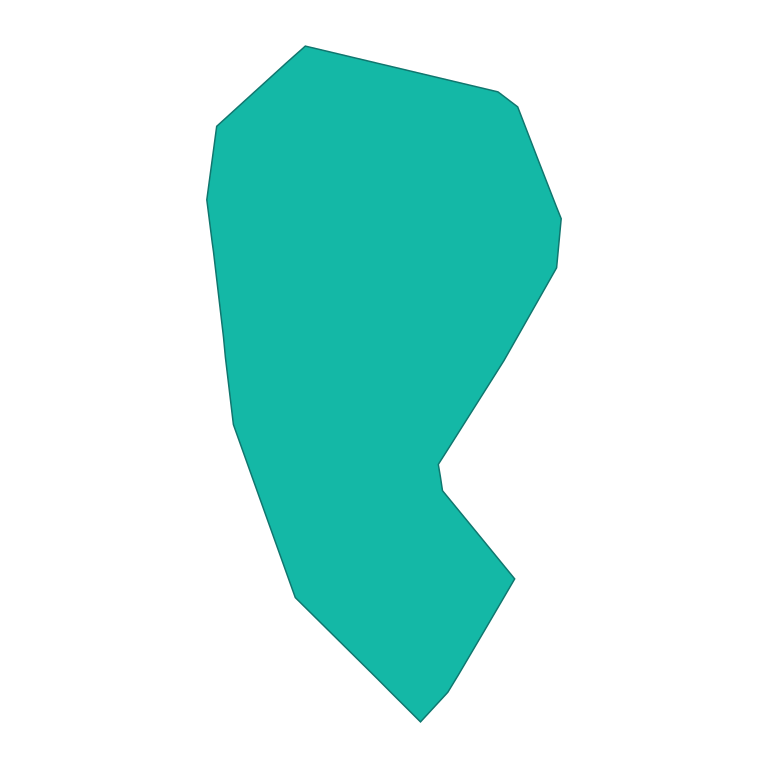 the district of Presidente Dutra, Bahia, Brazil
{"feature_id": "56859067B99362282210335", "entity_name": "Presidente Dutra", "entity_type": "district", "adm_level": 2, "iso_a3": "BRA", "parent_name": "Brazil", "parent_adm1": "Bahia", "projection": "natural_earth1", "projection_center": [-41.989, -11.318], "detail": "fine", "context": "isolated", "style": "filled", "palette": "teal", "viewbox_px": 768, "rotation_deg": 0, "n_neighbors": 0, "source": "geoboundaries", "source_scale": "gbopen_adm2", "svg_char_len": 512}
<svg xmlns="http://www.w3.org/2000/svg" viewBox="0 0 768 768"><path d="M216.7,126.3L206.8,199.8L212.2,242.4L213.5,251.8L223.5,337.2L225.4,357.3L233.4,424.6L295.3,597.6L376.6,678.0L391.4,692.9L420.5,721.9L447.8,692.3L458.2,675.2L484.7,630.2L514.7,578.9L479.0,535.2L442.5,490.7L440.4,476.8L438.3,464.4L448.3,448.7L503.9,360.7L556.6,267.8L561.2,218.7L556.1,206.0L538.2,160.1L517.7,106.9L509.3,100.5L498.0,91.9L305.3,46.1L292.8,57.2L286.5,62.8L216.7,126.3Z" fill="#14b8a6" stroke="#0f766e" stroke-width="1.5"/></svg>